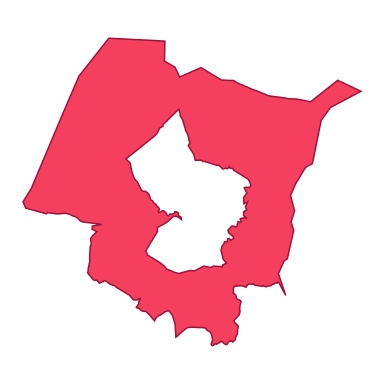 outline of San Juan Ozolotepec, Oaxaca, Mexico
{"feature_id": "50627088B94115482977421", "entity_name": "San Juan Ozolotepec", "entity_type": "district", "adm_level": 2, "iso_a3": "MEX", "parent_name": "Mexico", "parent_adm1": "Oaxaca", "projection": "robinson", "projection_center": [-96.203, 16.098], "detail": "fine", "context": "isolated", "style": "filled", "palette": "rose", "viewbox_px": 384, "rotation_deg": 0, "n_neighbors": 0, "source": "geoboundaries", "source_scale": "gbopen_adm2", "svg_char_len": 6025}
<svg xmlns="http://www.w3.org/2000/svg" viewBox="0 0 384 384"><path d="M62.2,115.1L31.5,188.0L23.0,201.8L25.7,208.1L46.5,213.8L47.3,212.7L57.1,213.9L65.8,213.3L69.4,214.2L72.8,215.9L75.4,216.7L78.3,218.6L79.5,220.3L81.1,221.3L82.5,221.9L101.8,224.4L92.4,226.0L92.1,229.3L96.8,231.6L94.4,234.0L93.1,235.2L91.8,236.7L90.7,238.4L90.6,239.8L90.9,241.7L91.3,243.4L91.1,244.6L90.4,246.1L90.2,247.3L89.6,256.9L89.7,259.8L89.7,262.0L89.1,264.2L88.7,266.4L88.3,268.1L88.1,270.8L87.6,272.8L93.3,279.9L95.3,280.3L95.9,280.1L97.0,280.4L98.3,281.8L98.7,282.6L99.5,283.2L102.8,281.5L103.2,281.7L103.5,281.2L103.9,280.9L104.7,280.7L105.6,281.0L108.0,282.4L109.0,283.5L110.2,284.3L111.7,284.7L112.7,285.2L113.9,285.4L114.7,285.6L115.2,286.1L115.9,287.0L129.5,295.3L133.5,300.0L137.1,299.9L140.2,298.4L140.3,299.2L140.0,299.4L139.5,300.3L138.8,301.7L138.8,303.6L136.3,307.4L136.7,307.7L137.5,307.7L137.9,308.0L138.3,308.5L139.3,308.6L140.0,309.2L140.5,310.0L140.9,310.3L141.6,310.8L143.1,311.3L144.3,311.4L145.5,311.2L148.5,313.9L154.6,320.9L155.5,318.5L155.8,318.4L156.9,317.0L157.6,316.4L158.8,315.7L161.0,314.8L161.7,314.0L163.1,313.3L164.2,312.2L168.6,310.6L172.2,314.9L175.1,324.0L175.9,337.2L178.4,335.3L179.5,334.0L182.6,331.3L183.7,330.5L185.9,328.7L187.2,327.9L188.8,327.3L193.7,327.3L195.0,327.4L196.8,327.4L200.5,327.7L201.4,327.4L205.4,328.1L205.9,328.6L206.3,329.1L206.6,329.6L207.5,330.6L208.1,331.0L208.7,331.0L209.5,331.5L210.3,332.2L210.7,333.2L211.3,334.2L211.8,335.5L212.3,338.3L212.4,340.2L212.3,341.1L211.8,342.0L211.6,342.9L211.2,343.6L211.2,344.2L211.5,345.1L211.8,345.4L212.5,345.8L213.6,345.2L213.7,344.8L214.2,344.4L215.7,343.9L216.4,344.2L218.4,343.2L221.2,341.3L221.6,341.4L222.0,341.9L222.6,341.9L223.1,342.5L224.1,343.5L225.9,344.6L227.1,344.4L228.5,341.9L231.5,340.8L232.7,342.0L234.0,341.1L235.2,339.6L235.9,336.8L237.2,334.5L237.5,332.3L237.6,329.4L238.3,327.2L238.2,326.1L236.2,323.9L234.9,322.8L233.8,320.8L234.9,319.4L236.3,318.2L239.3,314.7L239.4,313.3L239.7,313.2L240.0,311.6L240.0,310.4L239.7,310.3L239.7,309.1L239.9,306.7L239.9,305.0L240.2,304.9L241.1,301.7L240.7,300.9L239.4,300.0L238.4,299.9L236.8,298.6L236.2,297.5L236.0,296.2L235.8,295.4L235.2,294.5L234.4,293.8L233.7,293.6L233.3,293.5L233.2,293.1L233.6,291.9L233.5,290.7L233.4,288.7L233.6,288.0L234.0,287.2L234.1,286.2L235.9,286.2L236.5,285.5L236.7,285.4L236.9,285.6L237.0,286.0L237.2,285.9L237.7,286.0L238.4,286.0L239.7,285.8L240.0,285.9L240.2,285.7L241.9,285.9L242.3,286.0L242.7,286.0L243.8,286.1L244.3,286.2L244.7,286.8L245.3,287.1L246.1,287.1L247.3,285.3L248.3,284.3L249.2,284.0L250.1,284.1L253.4,284.1L253.9,284.4L254.6,285.0L255.1,285.3L257.2,285.5L258.0,285.8L258.6,285.6L260.2,286.1L261.1,286.0L261.5,286.3L262.3,286.2L263.2,285.5L263.6,285.6L264.0,286.3L265.1,286.6L265.9,286.7L266.5,286.7L267.5,286.1L268.4,285.8L268.9,285.9L269.6,286.0L270.4,285.9L271.4,285.4L272.5,284.3L273.3,284.2L274.0,283.9L274.3,283.5L274.7,283.5L275.4,283.0L276.2,283.1L276.8,282.9L277.3,282.9L277.6,282.3L277.9,282.0L278.6,282.2L285.7,295.4L278.4,273.6L284.2,260.7L287.3,258.8L293.7,230.4L291.1,221.9L294.6,210.6L292.1,201.6L290.6,195.4L295.6,183.8L305.6,167.3L312.4,163.6L321.2,120.4L330.4,107.5L361.0,91.3L337.7,80.3L310.6,101.8L296.5,99.0L289.0,98.8L285.1,98.0L280.8,97.4L276.2,96.8L272.1,96.3L268.2,95.7L264.9,94.1L262.3,93.2L257.5,91.2L250.7,88.7L242.3,84.9L239.9,84.0L237.6,83.0L234.1,80.8L233.2,80.4L229.3,80.4L221.5,80.0L200.9,67.6L179.7,77.0L174.9,67.2L164.5,61.1L164.9,41.1L108.8,38.2L78.9,76.2L62.2,115.1ZM193.6,154.1L195.3,160.3L200.2,160.3L200.5,160.0L201.8,160.3L202.7,161.5L204.3,161.5L206.7,162.1L217.0,165.4L218.6,165.0L223.0,169.1L225.2,168.3L227.6,168.7L229.3,166.6L230.0,168.2L232.8,168.5L233.6,170.2L248.0,179.1L249.6,181.6L250.9,185.7L249.6,187.3L244.8,187.4L244.2,187.7L246.8,193.0L245.0,195.8L243.6,197.3L243.9,203.8L247.5,201.9L245.4,207.0L246.8,209.9L243.5,211.8L243.6,215.6L247.1,218.5L244.0,217.8L240.3,218.6L240.2,219.2L241.4,221.8L240.5,222.0L239.9,222.2L238.1,221.5L236.8,226.5L235.5,226.9L233.9,226.1L231.7,226.1L227.9,230.2L228.9,233.2L233.2,236.7L233.6,238.5L230.5,240.4L229.5,238.4L227.8,238.8L227.2,241.7L224.5,241.6L224.2,243.2L222.0,246.3L221.0,250.2L223.1,259.0L226.4,263.4L222.9,264.7L222.4,266.8L221.6,266.6L213.4,266.1L210.9,267.5L203.7,266.1L194.6,270.9L190.5,270.4L178.5,273.5L174.2,272.2L166.2,268.8L164.5,266.2L158.3,261.5L147.7,255.2L146.7,252.7L145.5,251.3L157.6,231.3L157.4,227.6L166.7,222.4L173.7,216.2L178.0,216.8L181.4,219.4L181.1,217.3L180.3,216.7L179.5,216.2L178.9,215.8L178.5,215.4L178.3,214.8L178.2,213.7L178.2,212.9L177.9,212.5L177.4,212.5L176.4,211.8L176.1,211.7L175.7,211.8L175.1,211.7L174.7,211.8L174.5,213.1L173.2,213.8L172.5,214.1L171.7,214.3L171.1,214.2L170.6,213.8L170.1,213.9L169.5,214.6L169.0,215.3L168.7,215.5L168.4,215.6L168.0,215.6L167.2,215.2L166.6,213.9L165.8,212.7L165.7,212.4L165.3,212.1L164.8,211.9L164.6,211.9L164.2,211.4L164.0,211.0L163.7,210.7L162.5,210.8L161.8,211.2L161.5,211.3L160.8,211.8L160.4,211.9L159.9,212.1L159.0,212.3L158.7,212.3L158.5,212.0L158.5,211.4L158.8,210.7L159.3,209.8L159.4,209.5L159.3,208.9L159.1,208.4L158.7,207.7L158.4,207.2L158.0,207.2L157.8,207.1L156.9,206.0L156.3,205.4L156.3,205.2L156.2,204.8L156.1,204.5L155.9,204.3L155.4,204.2L154.7,203.5L154.6,203.2L154.2,203.1L153.6,202.6L152.9,201.7L152.9,201.2L152.7,201.1L152.4,200.6L152.1,200.4L151.3,200.2L151.0,199.9L150.7,199.5L150.6,199.1L150.1,197.8L149.8,196.7L149.5,196.2L149.1,196.0L149.1,195.6L149.1,195.3L149.3,194.9L148.5,194.0L148.0,193.4L147.7,192.9L147.6,192.7L147.0,192.5L146.2,192.0L146.0,191.7L145.0,191.2L143.5,191.4L141.7,190.5L137.7,182.4L134.7,179.0L133.7,177.0L131.5,170.4L130.3,163.2L125.9,158.9L142.7,145.6L152.0,138.0L153.9,136.7L156.9,133.6L159.9,127.9L162.8,126.4L163.3,124.4L178.8,109.2L179.2,110.4L179.3,111.0L180.0,112.9L180.0,113.9L180.2,115.1L180.1,115.8L181.5,118.0L182.8,120.2L183.7,123.6L185.3,128.9L185.6,130.6L187.0,132.8L188.4,136.8L188.8,138.6L189.0,140.5L190.1,142.9L188.2,145.3L188.3,145.8L189.4,147.6L193.6,154.1Z" fill="#f43f5e" stroke="#9f1239" stroke-width="1.5"/></svg>